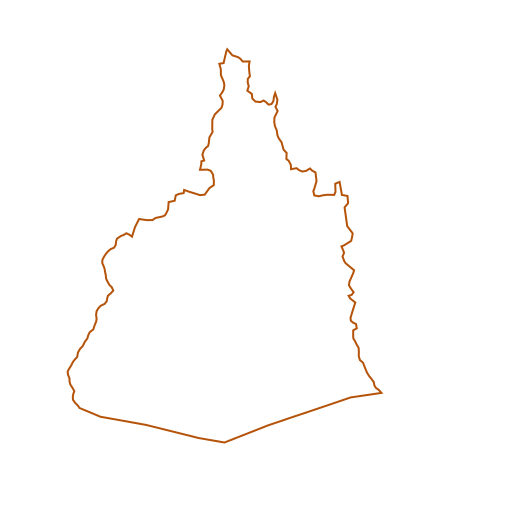 Monteiro, Paraíba, Brazil (Mercator projection), rotated 104°
{"feature_id": "56859067B82633114024292", "entity_name": "Monteiro", "entity_type": "district", "adm_level": 2, "iso_a3": "BRA", "parent_name": "Brazil", "parent_adm1": "Paraíba", "projection": "mercator", "projection_center": [-37.158, -7.889], "detail": "fine", "context": "isolated", "style": "outline", "palette": "amber", "viewbox_px": 512, "rotation_deg": 104, "n_neighbors": 0, "source": "geoboundaries", "source_scale": "gbopen_adm2", "svg_char_len": 2961}
<svg xmlns="http://www.w3.org/2000/svg" viewBox="0 0 512 512"><g transform="rotate(104 256 256)"><path d="M417.6,203.6L405.5,184.8L383.6,150.5L370.3,129.9L358.5,101.2L356.3,104.3L355.0,107.7L353.1,109.7L349.8,111.3L347.1,114.5L345.3,117.0L342.4,120.0L339.2,122.4L337.0,124.0L333.7,126.3L331.8,130.0L328.5,132.0L324.2,133.0L320.3,134.2L317.5,137.0L314.9,139.1L312.3,141.7L309.5,142.5L304.6,143.7L301.8,140.7L297.8,142.5L297.2,145.6L295.9,148.3L293.3,149.3L287.9,149.1L277.1,148.4L274.4,154.4L272.2,156.5L270.6,153.8L267.6,152.5L264.8,155.8L262.0,158.7L258.2,159.1L249.0,157.5L246.1,157.4L241.4,167.2L239.7,169.1L235.6,171.9L231.6,171.3L229.0,173.1L226.0,175.4L224.5,173.3L218.3,167.3L213.7,167.4L210.6,167.7L205.0,174.7L187.4,181.8L182.4,179.4L175.6,181.8L176.0,187.4L163.9,192.8L166.7,196.6L174.5,194.4L177.8,194.9L179.3,201.5L180.7,205.3L182.9,209.6L183.1,214.1L179.1,216.1L176.6,215.7L168.7,215.4L160.5,218.5L159.6,222.2L158.0,224.8L161.3,228.0L162.8,231.4L162.4,234.5L161.0,237.9L163.3,243.0L159.2,244.2L155.7,247.3L154.5,250.0L148.6,251.2L146.1,255.0L139.5,258.7L136.6,262.1L133.9,264.3L129.2,266.2L125.3,269.1L121.6,270.7L117.1,271.6L110.1,270.1L106.5,273.2L103.7,272.6L99.3,273.0L93.3,276.8L97.0,277.1L101.5,276.6L104.8,277.7L106.1,280.4L104.3,283.4L103.3,286.2L105.6,289.0L106.3,293.8L104.2,297.6L99.7,299.3L97.7,304.4L93.1,304.1L89.7,306.0L86.1,306.8L83.1,305.4L78.8,307.1L73.4,308.9L68.8,309.3L70.5,315.9L68.3,319.1L67.4,321.6L67.0,327.5L62.4,333.9L64.9,334.3L73.1,334.2L76.6,334.1L78.4,338.1L83.1,335.4L89.0,333.8L94.9,329.4L98.0,328.0L102.2,327.6L104.9,328.2L109.1,329.8L113.6,325.8L117.3,325.1L120.7,325.4L128.5,330.2L134.4,331.3L143.4,329.2L146.1,328.1L152.1,329.9L158.2,329.1L160.9,329.1L163.1,330.8L166.2,332.2L170.7,332.5L175.9,329.4L177.3,331.9L180.1,331.3L185.9,331.2L183.9,323.9L184.3,320.5L187.5,317.3L190.4,316.4L192.7,315.2L197.4,314.1L201.3,317.6L208.9,320.6L210.5,325.1L210.2,329.1L209.8,336.8L209.3,341.7L212.5,341.4L214.3,345.6L216.5,348.5L222.1,348.3L224.8,353.8L232.0,352.6L236.1,353.4L238.6,354.2L240.4,356.5L243.4,362.7L246.2,365.1L247.6,370.7L248.4,378.4L257.3,380.4L267.2,381.0L266.0,383.9L265.3,387.3L267.6,389.5L269.1,391.7L272.7,395.0L275.6,395.3L279.3,394.8L282.2,395.7L284.5,398.7L287.5,400.8L290.3,402.2L293.5,403.3L296.8,404.1L300.0,403.5L302.8,401.3L305.1,399.8L307.9,398.6L311.0,397.1L314.2,396.0L316.5,394.1L319.4,391.4L321.2,388.4L324.1,386.1L327.0,387.7L330.5,390.1L333.2,390.1L336.0,389.9L339.1,391.3L341.9,394.7L345.0,396.4L348.2,397.3L352.0,396.9L355.3,395.5L358.3,395.2L362.0,395.8L366.6,396.1L370.1,398.9L373.5,399.6L376.9,399.7L380.6,401.3L385.2,402.3L388.7,404.3L392.7,405.4L397.2,405.1L400.5,406.9L403.2,408.0L406.7,408.8L411.1,410.2L413.7,410.8L416.7,409.7L419.8,407.4L422.8,406.6L425.6,405.1L428.6,401.9L431.1,399.6L434.0,399.9L436.9,399.7L439.8,398.8L442.3,395.9L444.1,392.8L446.2,390.4L449.6,368.1L446.5,321.7L446.5,267.6L444.6,241.5L417.6,203.6Z" fill="none" stroke="#b45309" stroke-width="2"/></g></svg>